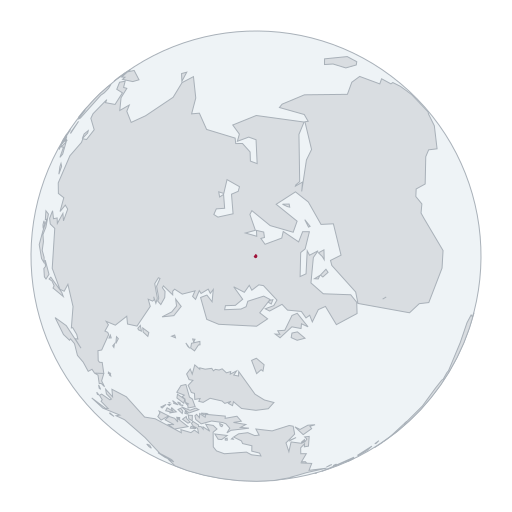 Kiev City highlighted on a globe, orthographic projection, rotated 220°
{"feature_id": "UKR-4826", "entity_name": "Kiev City", "entity_type": "Municipality", "adm_level": 1, "iso_a3": "UKR", "parent_name": "Ukraine", "parent_adm1": "", "projection": "orthographic", "projection_center": [30.516, 50.341], "detail": "fine", "context": "on_globe", "style": "filled", "palette": "rose", "viewbox_px": 512, "rotation_deg": 220, "n_neighbors": 0, "source": "natural_earth", "source_scale": "10m", "svg_char_len": 11540}
<svg xmlns="http://www.w3.org/2000/svg" viewBox="0 0 512 512"><g transform="rotate(220 256 256)"><circle cx="256" cy="256" r="225" fill="#eef3f6" stroke="#a8b0b8"/><path d="M171.1,47.3L183.2,43.2L193.0,43.9L186.6,45.4L189.7,45.8L197.9,44.1L202.6,43.0L224.4,45.6L251.5,46.1L260.5,43.7L258.1,46.6L275.6,41.0L290.6,41.7L273.3,42.6L271.3,44.1L281.3,45.1L281.4,47.0L286.3,48.7L285.5,51.0L275.5,51.9L274.8,53.5L281.9,54.2L285.6,57.3L275.3,55.9L280.7,61.3L264.9,64.8L237.8,61.0L228.6,66.5L199.6,72.6L201.9,74.7L192.3,78.9L191.3,83.0L186.2,83.4L189.9,86.4L194.7,85.3L197.9,86.3L197.8,88.8L191.3,89.6L190.4,88.4L188.4,90.0L185.2,89.4L186.7,91.1L178.8,92.0L186.4,94.8L179.9,98.7L174.7,98.4L175.6,93.5L166.0,82.3L161.0,81.3L153.1,84.2L137.3,99.6L131.7,100.8L123.7,106.0L126.6,107.3L133.8,103.8L137.2,108.0L145.7,103.7L148.3,105.0L156.8,102.9L155.0,108.6L148.7,115.4L141.5,117.6L138.5,120.8L144.9,123.4L131.2,132.4L121.6,147.5L118.1,149.5L111.9,144.4L112.9,132.1L105.0,127.2L109.6,136.1L100.8,141.7L99.1,145.2L99.3,148.5L102.4,148.7L99.3,152.0L93.6,144.1L96.3,140.9L98.1,143.3L98.5,137.8L94.6,133.3L90.4,136.9L88.9,127.6L85.9,130.2L83.9,129.9L88.8,126.2L80.0,132.9L77.6,125.9L65.6,138.8L78.0,122.6L82.7,115.5L87.5,108.5L85.5,110.4L94.5,99.7L98.1,95.3L97.7,95.7L110.7,83.8L124.7,72.9L139.5,63.2L155.0,54.6L171.1,47.3ZM71.3,127.0L70.2,128.5L69.9,129.0L71.3,127.0ZM42.1,185.2L41.0,189.0L39.1,195.0L42.1,185.2ZM38.7,196.7L39.4,194.9L37.1,203.8L34.8,222.1L34.4,222.5L32.1,248.1L33.6,270.0L33.9,280.3L33.4,281.9L34.8,289.3L34.8,291.9L43.9,321.0L51.5,340.6L53.3,349.1L50.9,348.5L52.5,352.7L46.2,338.1L40.9,323.0L36.7,307.5L33.6,291.8L31.6,275.9L30.8,260.0L31.0,244.0L32.5,228.0L35.0,212.2L38.7,196.7ZM62.7,142.1L51.6,164.9L54.8,156.0L54.8,156.7L58.2,149.9L63.6,139.9L67.3,133.1L62.7,142.1ZM64.8,142.9L66.4,139.5L65.2,142.3L64.8,142.9ZM204.7,42.3L198.1,44.0L190.6,45.0L196.1,43.3L204.7,42.3ZM218.8,41.7L215.8,42.7L212.6,41.5L215.3,41.2L218.8,41.7ZM267.0,41.9L261.6,41.8L266.8,41.3L267.0,41.9ZM287.1,48.6L288.6,48.1L290.5,49.3L287.1,48.6ZM157.2,100.0L157.0,101.5L155.5,101.1L157.2,100.0ZM161.1,97.9L159.6,96.5L161.2,95.2L162.1,96.2L161.1,97.9ZM291.1,53.9L293.7,56.1L289.3,54.0L291.1,53.9ZM162.7,100.0L164.3,93.3L167.2,91.3L173.1,93.2L162.7,100.0ZM294.1,57.5L300.5,63.2L304.4,62.5L297.1,68.2L294.0,61.1L288.0,58.5L292.7,58.9L294.1,57.5ZM196.3,83.9L191.1,85.2L195.6,81.9L196.3,83.9ZM198.4,81.6L207.3,71.0L214.9,70.6L210.4,74.1L220.3,72.1L219.6,77.1L214.0,79.4L209.2,78.5L212.5,81.1L198.4,81.6ZM292.0,70.6L292.1,72.3L290.1,70.7L292.0,70.6ZM199.6,86.5L200.7,84.2L207.4,83.7L206.3,88.2L204.5,86.9L199.6,86.5ZM223.2,69.3L228.0,69.9L228.7,74.0L230.6,74.9L220.2,77.3L223.2,69.3ZM202.9,88.2L205.6,90.5L202.3,93.0L198.9,88.7L202.9,88.2ZM209.5,81.8L212.6,81.8L210.6,83.2L209.5,81.8ZM192.3,103.9L193.5,100.9L197.1,100.3L192.3,103.9ZM206.8,91.2L207.9,90.3L209.4,89.8L210.5,91.8L206.8,91.2ZM221.4,80.1L220.7,81.9L225.7,79.4L226.5,82.6L219.4,83.7L222.7,84.6L223.0,85.6L216.9,85.4L221.4,80.1ZM216.2,92.5L207.4,95.4L204.3,100.9L201.1,101.5L206.5,92.6L216.2,92.5ZM217.1,88.3L215.8,91.0L212.4,90.2L211.3,87.9L217.1,88.3ZM229.5,84.5L230.2,79.2L231.8,79.2L229.5,84.5ZM215.9,94.2L218.1,93.5L216.1,94.7L215.9,94.2ZM226.1,87.6L226.2,85.7L227.9,85.7L226.1,87.6ZM222.3,93.8L219.4,94.6L218.5,93.1L222.3,93.8ZM224.6,91.1L227.0,91.6L219.9,92.0L224.3,90.2L224.6,91.1ZM227.8,87.9L228.8,87.3L227.5,88.7L227.8,87.9ZM227.3,99.6L218.6,100.5L216.7,96.8L225.3,96.4L227.3,99.6ZM105.7,366.3L93.7,331.4L100.3,324.4L101.9,311.2L147.4,285.2L156.5,292.5L191.8,297.5L196.1,300.5L191.4,311.3L217.4,330.4L226.5,322.0L250.6,331.0L267.0,330.5L273.8,308.6L246.9,309.1L242.8,298.1L264.7,288.4L288.3,288.1L287.4,283.9L273.0,275.3L278.9,266.8L268.1,271.6L272.1,275.9L265.5,279.3L261.4,275.6L263.6,272.6L256.6,270.8L247.8,286.3L250.9,292.3L232.4,294.2L235.9,304.6L230.7,308.9L222.9,293.0L224.0,287.4L209.0,268.6L206.2,274.5L220.1,292.9L215.5,291.0L211.8,299.9L211.1,291.7L196.6,270.7L180.2,270.3L158.5,287.2L149.1,285.3L141.6,276.9L150.3,255.1L170.4,262.0L173.8,255.0L170.5,241.7L176.8,245.1L177.9,240.7L185.6,242.7L197.1,234.8L205.0,235.7L210.2,222.6L215.0,221.5L210.5,229.4L211.6,235.7L231.3,238.1L235.3,235.7L237.2,227.1L242.3,229.2L241.6,220.7L253.3,218.1L238.4,214.3L240.1,204.9L247.5,198.3L245.5,194.7L233.4,205.7L231.0,210.8L233.2,216.1L224.3,230.2L217.3,231.7L216.6,214.9L206.7,215.3L210.4,202.6L240.7,179.7L253.0,175.8L271.8,188.6L268.5,194.5L260.2,192.7L267.2,202.9L267.0,198.0L271.3,199.9L274.0,192.0L277.2,193.0L274.4,183.9L278.6,184.3L280.3,190.1L288.0,179.4L297.0,178.3L297.2,175.5L294.8,172.7L307.7,173.6L307.3,171.5L302.9,170.4L299.2,165.5L297.7,157.6L302.3,158.3L303.4,161.2L312.7,168.9L315.1,177.1L316.8,176.6L315.8,169.7L304.5,160.3L302.3,155.4L308.2,159.0L305.9,157.3L306.2,155.0L310.8,153.6L304.6,149.4L302.1,125.8L310.7,121.3L316.3,126.8L319.3,112.6L328.8,109.6L324.8,108.4L323.5,101.4L320.5,102.2L318.4,101.2L313.8,84.8L316.2,81.9L309.6,74.4L307.5,74.0L305.4,75.6L297.1,68.2L304.4,62.5L308.8,63.8L310.4,59.8L320.1,63.6L328.9,65.1L338.7,72.2L344.8,73.3L344.7,71.6L353.0,72.1L370.3,79.7L356.6,80.7L330.8,72.9L341.4,76.4L339.1,77.9L342.9,80.7L350.4,83.3L351.2,82.2L363.7,99.7L381.9,113.4L380.3,105.7L384.9,104.5L404.2,115.6L427.9,147.8L434.2,148.3L438.3,152.2L440.9,159.9L435.1,154.4L432.8,157.3L429.1,153.2L431.3,164.5L426.1,159.2L430.4,170.9L434.8,172.4L434.7,164.1L440.7,177.1L447.6,176.9L454.5,184.9L463.0,213.2L462.7,230.8L464.0,234.5L460.7,236.3L461.1,248.7L471.0,255.3L472.3,260.3L470.8,279.9L469.9,276.7L461.4,281.5L463.2,295.1L469.8,294.2L472.2,301.4L468.6,305.8L465.8,300.0L462.7,301.4L461.1,290.5L453.9,279.9L450.1,290.2L448.0,283.8L437.5,278.1L430.7,292.5L421.5,324.3L424.1,341.3L419.2,353.2L403.7,338.3L396.7,323.5L391.2,329.0L375.2,321.2L347.8,332.9L343.8,329.1L338.7,333.5L327.4,331.9L321.3,325.1L314.5,327.5L330.7,345.1L338.0,342.4L344.0,331.9L347.1,338.7L358.0,341.4L346.1,363.8L305.3,389.5L301.3,376.8L270.3,341.0L271.2,336.2L271.1,335.7L270.7,334.8L267.9,342.6L262.5,334.8L279.1,362.0L281.9,373.3L304.8,390.3L302.6,392.7L310.0,395.4L333.5,384.8L333.6,389.1L322.5,410.6L289.9,438.6L294.3,450.7L292.0,460.2L271.8,467.4L273.7,472.5L263.3,474.6L262.7,476.8L254.4,478.8L240.6,479.7L216.8,477.0L215.2,475.7L203.1,470.4L186.2,454.5L192.0,448.3L189.8,441.2L172.7,419.9L176.4,410.3L171.8,404.3L162.4,402.5L157.2,395.0L151.5,392.8L116.2,380.4L105.7,366.3ZM131.3,304.4L129.9,308.3L131.3,304.4ZM313.2,298.5L327.3,295.9L320.9,283.2L325.8,281.2L321.8,277.8L320.4,282.3L310.7,272.4L316.7,266.6L315.0,260.7L310.2,261.3L300.7,273.6L314.5,287.6L311.2,294.1L313.2,298.5ZM34.8,222.6L34.3,226.4L34.4,223.5L34.8,222.6ZM53.6,157.6L52.0,161.4L50.7,164.4L51.6,162.0L53.6,157.6ZM44.3,188.5L43.2,193.5L43.6,189.6L44.3,188.5ZM50.2,168.4L45.0,184.9L45.9,178.4L49.4,168.2L47.9,173.4L50.2,168.4ZM62.2,145.0L60.9,147.8L60.2,148.3L62.2,145.0ZM63.9,145.0L64.2,144.2L65.5,142.1L63.9,145.0ZM101.1,142.2L101.5,142.9L100.9,146.5L99.7,145.5L101.1,142.2ZM107.5,159.7L102.3,164.7L105.2,160.2L102.4,159.5L105.0,149.5L116.4,150.1L110.8,151.4L107.5,159.7ZM111.5,136.8L108.6,142.7L111.4,136.3L111.5,136.8ZM176.6,216.1L178.9,220.1L175.5,224.5L165.6,224.5L170.3,217.9L176.6,216.1ZM183.0,224.8L185.0,208.8L191.2,208.5L187.4,211.3L191.3,212.7L186.2,217.6L190.2,233.6L187.6,238.6L170.6,235.2L177.6,233.3L174.9,229.4L183.0,224.8ZM179.0,172.2L179.9,166.3L192.3,173.2L190.0,177.9L179.9,177.9L176.7,172.3L179.0,172.2ZM172.8,105.2L172.4,103.3L174.2,102.9L176.1,104.3L172.8,105.2ZM192.6,102.5L176.6,113.6L175.3,111.8L167.6,121.0L161.1,120.0L166.3,114.0L155.5,120.4L157.7,114.7L150.7,119.6L163.1,106.4L164.6,101.8L165.4,107.2L171.3,108.1L174.3,107.1L183.9,101.1L190.1,92.2L196.9,92.0L200.1,94.3L199.7,96.5L195.4,95.8L197.9,99.1L191.3,99.8L192.6,102.5ZM233.7,127.1L228.9,124.5L232.9,133.2L226.3,133.1L227.2,134.2L222.2,136.6L217.7,141.5L214.8,140.7L214.3,143.0L211.0,144.9L209.4,147.8L203.6,147.5L201.1,151.2L199.8,149.0L197.0,155.5L196.5,150.5L192.2,152.8L195.0,156.4L167.9,149.5L157.0,151.1L148.1,155.3L148.4,146.9L156.9,137.7L169.1,129.9L179.6,129.9L177.8,126.3L182.3,125.3L181.8,128.5L185.2,123.0L188.8,123.1L199.7,117.5L202.4,109.9L206.4,107.9L207.2,110.9L210.7,106.8L214.8,111.2L217.8,109.9L224.8,113.3L224.4,120.2L227.8,118.3L233.3,121.0L233.7,127.1ZM229.1,100.7L230.2,108.5L227.1,112.5L216.2,105.1L212.9,105.6L205.8,101.5L210.4,95.9L212.0,97.6L214.6,97.9L212.1,99.5L216.1,98.5L218.4,100.8L222.1,100.8L221.5,103.3L229.1,100.7ZM201.4,297.0L204.8,298.2L210.2,298.6L207.9,304.4L201.4,297.0ZM191.3,282.9L194.4,282.8L193.9,290.8L190.3,289.8L191.3,282.9ZM196.6,276.2L194.6,282.2L193.6,278.4L196.6,276.2ZM213.5,229.0L216.9,228.5L217.0,230.6L215.0,233.4L213.5,229.0ZM244.1,154.5L241.8,152.0L242.9,150.9L242.1,143.8L246.9,143.5L249.3,147.7L244.1,154.5ZM269.0,312.7L264.0,317.1L261.6,315.1L263.8,314.0L269.0,312.7ZM234.3,311.9L242.0,315.2L233.6,313.5L234.3,311.9ZM249.2,153.0L248.3,150.0L251.2,151.7L249.2,153.0ZM250.4,143.0L253.9,144.3L247.4,142.7L250.4,143.0ZM330.2,451.1L314.3,467.4L303.7,469.6L302.0,466.8L308.1,457.8L320.4,452.6L326.6,446.7L330.2,451.1ZM475.9,305.0L474.1,311.9L471.9,318.2L473.0,313.9L476.6,301.4L477.2,298.8L475.9,305.0ZM472.8,314.4L468.6,319.8L458.9,315.8L462.5,310.4L471.8,305.5L471.3,308.7L473.9,306.8L472.8,314.4ZM480.0,280.4L478.4,290.2L477.4,294.3L476.7,289.7L477.1,283.6L478.2,279.5L479.2,248.8L480.2,246.5L480.6,257.6L481.2,258.3L480.7,271.7L480.2,277.9L480.0,280.4ZM425.1,342.2L430.3,347.9L427.2,352.3L425.1,342.2ZM477.4,232.1L478.5,245.1L476.8,230.6L477.4,232.1ZM475.1,220.7L476.2,223.4L475.1,223.1L475.1,220.7ZM466.1,239.0L465.1,244.2L464.0,242.0L464.5,234.2L466.1,239.0ZM459.6,191.9L463.7,198.5L464.9,201.6L462.5,199.7L459.6,191.9ZM288.8,149.0L284.6,159.0L284.7,166.6L289.8,171.3L280.9,169.3L280.6,157.5L288.8,149.0ZM300.0,128.5L295.5,124.8L298.6,123.9L300.0,124.6L300.0,128.5ZM296.5,128.1L288.9,128.5L287.2,124.9L293.5,125.2L296.5,128.1ZM269.1,140.3L267.5,143.2L265.1,141.6L269.1,140.3ZM481.2,261.4L481.3,257.7L481.2,251.6L481.1,247.7L481.3,253.3L481.3,256.4L481.3,256.8L481.2,261.4ZM479.4,227.3L478.9,227.1L479.4,233.8L477.2,217.0L478.3,220.0L479.4,227.3ZM477.3,220.0L477.9,226.2L476.5,217.4L477.3,220.0ZM477.5,225.5L476.4,222.3L476.5,219.4L477.5,225.5ZM477.1,217.9L475.2,210.9L476.2,212.8L477.1,217.9ZM473.4,215.6L475.5,214.3L474.7,221.2L469.6,209.8L469.6,205.5L473.4,215.6ZM441.1,146.7L438.3,144.6L436.8,140.3L439.2,142.9L441.1,146.7ZM429.4,125.4L435.5,138.5L439.9,149.7L440.8,148.5L446.0,155.6L442.0,154.7L435.5,143.0L433.0,135.5L428.1,130.4L423.4,122.9L417.5,118.8L414.0,114.6L418.6,116.2L429.4,125.4ZM414.9,117.4L402.8,108.9L402.1,103.4L404.7,104.0L410.5,110.1L410.5,112.6L414.9,117.4ZM399.7,105.4L399.6,107.9L381.5,103.3L377.6,101.1L390.9,101.0L391.5,103.4L396.1,105.7L399.7,105.4ZM294.4,72.2L292.3,72.3L293.6,71.1L294.4,72.2ZM316.8,101.8L314.3,100.2L315.9,98.7L316.8,101.8ZM308.0,95.1L308.0,97.8L306.1,94.6L308.0,95.1ZM308.3,104.2L307.1,98.8L311.0,104.5L308.3,104.2Z" fill="#d9dde1" stroke="#a8b0b8" stroke-width="1"/><path d="M256.6,254.7L256.7,254.8L256.8,254.8L256.8,255.0L256.7,255.2L256.6,255.3L256.6,255.5L256.7,255.8L256.8,255.9L256.8,256.0L256.7,256.0L256.5,256.3L256.4,256.3L256.2,256.3L256.3,256.4L256.2,256.4L256.3,256.6L256.3,256.9L256.3,257.0L256.2,257.3L256.2,257.1L256.0,256.8L256.0,256.6L255.9,256.5L255.8,256.4L255.7,256.3L255.7,256.2L255.5,255.9L255.5,255.7L255.4,255.7L255.3,255.8L255.2,255.8L255.2,255.7L255.2,255.4L255.3,255.4L255.2,255.3L255.3,255.2L255.4,254.9L255.4,255.0L255.4,254.9L255.5,254.8L255.5,254.7L255.8,254.7L255.8,254.8L255.9,255.0L256.0,255.1L256.3,255.1L256.4,254.9L256.5,254.9L256.6,254.7Z" fill="#f43f5e" stroke="#9f1239" stroke-width="1.5"/></g></svg>